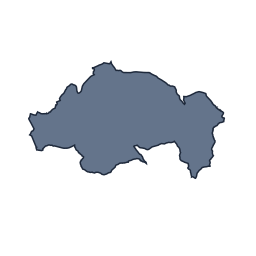 Altina, Sibiu, Romania (Mercator projection), rotated 161°
{"feature_id": "2599482B30844393553970", "entity_name": "Altina", "entity_type": "district", "adm_level": 2, "iso_a3": "ROU", "parent_name": "Romania", "parent_adm1": "Sibiu", "projection": "mercator", "projection_center": [24.479, 45.949], "detail": "fine", "context": "isolated", "style": "filled", "palette": "slate", "viewbox_px": 256, "rotation_deg": 161, "n_neighbors": 0, "source": "geoboundaries", "source_scale": "gbopen_adm2", "svg_char_len": 5738}
<svg xmlns="http://www.w3.org/2000/svg" viewBox="0 0 256 256"><g transform="rotate(161 128 128)"><path d="M168.3,187.9L169.1,187.3L170.0,187.0L172.4,186.4L173.5,185.0L174.6,184.4L176.9,182.1L177.9,181.5L179.7,180.8L181.9,179.3L183.2,178.0L183.1,176.1L187.0,175.8L187.1,175.2L186.9,174.5L187.4,173.5L188.0,173.1L188.7,173.3L188.8,172.7L189.5,172.3L189.6,171.7L190.1,171.2L190.5,170.5L192.7,170.3L193.5,170.1L195.5,169.0L196.0,168.5L196.6,168.4L197.2,168.7L198.3,167.9L198.9,167.8L200.0,168.0L200.1,168.3L200.4,168.0L202.0,168.7L202.7,168.7L203.2,169.0L204.4,169.3L205.9,170.1L206.5,171.1L208.0,172.2L208.2,172.6L209.4,171.6L210.9,170.1L212.9,171.1L215.2,173.0L215.6,173.2L217.5,170.1L218.6,169.5L218.8,169.1L218.8,168.4L218.0,163.7L217.1,157.8L218.2,156.7L219.1,156.2L219.7,156.3L220.6,155.9L222.2,154.1L223.2,153.5L221.7,151.9L221.0,139.9L220.7,139.6L221.3,139.4L221.4,138.5L221.4,136.9L220.8,136.8L220.1,136.3L216.9,134.7L216.4,134.9L215.8,134.8L215.4,135.4L215.4,136.0L211.9,137.8L210.7,137.6L208.8,137.8L208.0,137.6L206.8,136.8L205.5,136.5L205.2,136.2L205.1,135.8L204.2,135.1L203.3,135.0L197.0,130.8L195.7,130.0L194.5,129.5L191.9,128.7L190.2,128.5L187.7,128.7L184.1,129.2L184.5,127.7L184.5,127.1L184.2,126.4L184.3,125.5L184.0,123.9L183.5,123.4L182.8,122.3L182.8,121.2L182.6,120.9L182.7,120.6L182.0,120.1L181.8,119.7L181.8,119.2L180.5,117.3L180.6,116.6L180.0,116.1L179.4,115.2L179.9,114.3L181.5,113.5L182.3,112.8L182.8,112.8L182.9,112.3L183.7,112.0L184.5,110.8L184.7,109.1L184.6,107.5L184.8,106.8L184.5,106.3L184.2,103.9L182.7,102.8L181.3,100.7L180.3,99.6L179.3,99.2L178.2,98.3L176.2,97.9L175.9,97.4L174.1,96.3L173.0,96.6L170.7,95.9L168.5,94.1L167.7,92.7L165.9,91.6L163.1,91.5L160.9,92.0L159.5,91.7L159.0,91.8L158.9,92.0L158.2,92.1L157.6,93.0L157.3,93.3L152.9,95.2L151.9,96.5L151.1,96.9L149.4,96.8L147.4,97.4L145.9,97.1L144.4,96.5L144.0,96.6L142.9,96.1L142.3,96.3L141.8,96.0L140.2,96.0L138.8,95.6L138.5,96.4L138.3,96.5L136.9,96.6L136.1,96.4L134.6,96.5L134.0,96.7L131.8,96.5L130.7,96.2L129.8,96.3L128.5,95.7L127.2,94.8L126.9,94.1L127.1,93.7L127.0,93.3L126.3,92.8L126.3,92.6L126.1,92.6L125.0,91.2L123.8,90.6L123.0,89.8L122.2,88.5L122.1,89.1L122.2,89.7L122.4,90.4L123.2,91.3L123.5,92.9L123.8,94.3L123.7,95.2L123.8,96.6L124.2,97.3L124.4,98.5L124.8,99.0L125.5,99.4L126.1,101.0L126.3,101.8L126.9,103.3L127.0,103.9L127.5,104.8L127.5,105.6L127.7,105.9L128.0,107.1L128.4,108.3L128.4,108.8L128.0,109.0L127.3,109.0L126.4,108.7L125.0,108.8L123.4,105.8L122.7,105.3L121.2,104.6L118.7,103.1L118.0,102.2L117.2,101.5L116.4,101.1L115.3,101.1L111.3,102.3L104.9,101.9L104.0,102.2L101.5,102.4L98.7,101.1L96.1,101.4L95.5,101.2L94.3,101.2L92.1,100.2L91.1,100.1L89.5,100.0L88.6,100.4L88.4,99.9L87.2,96.9L87.1,94.8L86.2,93.1L85.9,91.4L86.2,89.3L86.4,88.7L86.3,87.6L86.9,87.0L88.2,85.3L88.4,83.4L88.9,81.9L88.9,81.4L88.3,79.8L86.1,77.8L85.8,77.3L82.7,75.0L82.6,74.5L83.0,73.6L82.8,73.3L83.1,72.2L83.9,71.1L84.3,70.7L84.4,70.8L84.5,70.7L84.1,69.4L83.3,68.8L83.1,68.3L82.9,67.3L83.3,65.8L83.3,64.3L83.5,63.6L83.7,61.2L83.8,61.0L83.3,61.1L82.3,60.5L81.0,58.8L80.5,58.5L79.2,59.7L78.5,60.8L77.7,62.3L77.0,63.1L75.7,63.8L74.6,64.7L72.7,65.3L70.7,66.5L68.4,66.3L66.2,65.8L64.4,65.7L63.0,65.1L62.8,65.2L62.8,65.7L63.2,66.0L62.3,67.6L61.9,67.9L61.6,68.5L61.4,70.0L61.6,70.3L61.4,70.8L61.0,71.2L59.9,71.5L59.6,72.0L58.2,72.7L56.3,74.0L56.6,74.6L56.5,75.3L56.5,76.5L55.9,78.2L55.6,78.5L55.6,78.9L56.0,80.1L55.5,81.4L55.0,82.0L54.2,82.6L54.0,83.0L53.1,83.7L53.0,84.1L52.3,84.5L50.4,86.3L49.9,87.6L50.3,88.7L50.3,89.4L50.2,89.8L50.4,90.1L50.1,90.5L50.4,91.3L50.2,92.1L50.4,92.7L50.0,93.9L50.2,95.1L49.9,95.5L49.9,95.9L49.7,96.0L49.5,96.6L48.9,97.2L48.9,97.5L48.8,97.9L48.7,98.0L48.5,97.9L48.0,98.6L48.1,99.5L47.5,99.9L47.1,100.5L46.4,100.9L45.9,100.7L45.0,101.2L43.2,101.3L42.4,101.7L41.5,102.5L41.2,102.5L40.7,102.6L39.9,103.2L37.4,102.8L35.4,102.9L35.4,103.5L34.6,104.3L34.5,104.8L34.0,105.4L33.8,105.7L33.9,106.3L34.9,106.7L35.1,107.0L35.2,107.5L35.6,107.9L35.6,108.1L35.1,109.0L33.4,110.3L32.8,111.2L32.8,111.5L33.4,112.7L34.4,113.3L34.3,113.6L34.8,114.1L34.6,114.4L35.0,115.1L35.2,114.8L35.6,114.9L36.0,115.6L36.6,116.3L37.1,117.2L37.0,117.4L37.8,118.2L37.8,118.7L37.6,118.8L37.9,118.9L38.4,120.7L38.8,121.3L39.2,121.5L40.3,124.1L40.1,124.3L40.9,127.0L43.3,132.2L43.5,133.1L43.2,134.9L43.3,135.3L45.8,137.3L46.9,137.9L47.0,138.1L47.3,138.2L48.5,139.0L49.2,139.3L52.6,139.5L53.8,139.2L57.5,138.8L58.1,138.6L61.9,138.6L62.6,138.6L65.0,139.6L65.1,139.3L65.3,138.2L66.0,137.1L66.3,136.2L65.9,132.9L66.6,132.6L66.5,132.3L66.9,132.0L67.8,133.7L68.4,135.8L69.2,137.1L69.4,137.7L69.6,139.3L69.2,140.6L69.1,141.6L69.5,142.4L70.2,143.5L70.5,144.2L70.7,146.4L70.1,147.9L70.1,149.0L70.4,150.3L70.4,151.5L70.7,151.9L72.2,153.1L74.3,153.8L75.1,155.1L76.0,155.5L76.6,156.6L77.0,157.6L77.7,158.6L80.7,162.5L83.3,165.4L83.9,166.9L84.5,167.9L85.6,168.8L87.8,171.0L88.9,172.3L89.0,172.7L89.5,172.9L89.9,173.5L94.6,175.2L102.1,178.5L104.3,179.1L107.5,179.5L114.2,181.9L115.2,182.9L116.0,184.5L116.7,185.1L118.3,185.4L119.5,186.1L120.5,186.3L120.7,186.9L121.2,189.5L121.9,191.4L122.6,193.9L122.7,194.4L122.5,195.4L122.5,196.2L124.3,194.7L124.5,194.9L125.3,195.1L129.4,197.4L129.7,197.5L130.6,197.1L132.4,196.8L135.0,196.9L135.4,196.7L141.2,196.2L141.9,196.5L142.1,196.1L142.1,195.7L140.8,194.9L140.8,194.1L141.0,193.6L142.0,192.7L142.3,192.6L142.7,191.7L143.1,191.1L143.1,190.8L142.6,189.4L144.8,189.2L146.6,188.8L155.4,184.2L157.5,182.4L160.1,178.2L161.3,177.5L162.5,177.0L163.8,177.1L164.2,178.3L164.2,179.0L164.3,179.6L164.1,180.2L164.1,180.6L163.8,181.5L163.5,183.1L163.4,183.4L163.4,183.7L163.5,183.8L163.5,184.4L163.7,184.7L163.7,185.0L164.4,185.9L165.3,186.5L165.6,186.6L166.2,187.5L166.9,187.9L167.5,188.0L168.3,187.9Z" fill="#64748b" stroke="#1e293b" stroke-width="1.5"/></g></svg>